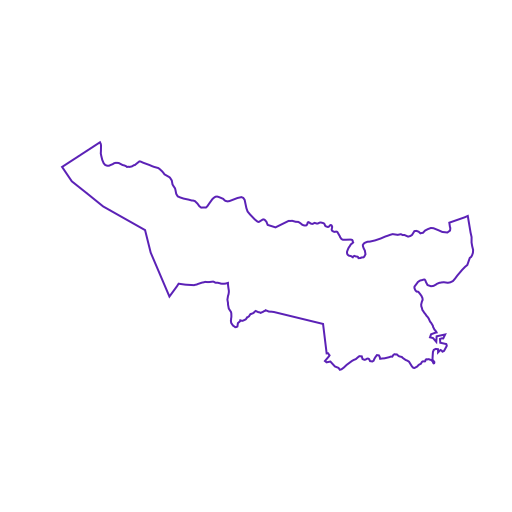 Zapotitlán de Méndez, Puebla, Mexico, rotated 194°
{"feature_id": "50627088B5409879857753", "entity_name": "Zapotitlán de Méndez", "entity_type": "district", "adm_level": 2, "iso_a3": "MEX", "parent_name": "Mexico", "parent_adm1": "Puebla", "projection": "equal_earth", "projection_center": [-97.699, 20.004], "detail": "fine", "context": "isolated", "style": "outline", "palette": "violet", "viewbox_px": 512, "rotation_deg": 194, "n_neighbors": 0, "source": "geoboundaries", "source_scale": "gbopen_adm2", "svg_char_len": 6005}
<svg xmlns="http://www.w3.org/2000/svg" viewBox="0 0 512 512"><g transform="rotate(194 256 256)"><path d="M49.2,214.7L49.3,215.4L50.1,216.6L56.2,216.4L57.4,220.0L55.9,221.0L54.4,221.3L53.5,225.6L61.3,221.8L60.3,216.3L64.4,219.2L67.5,219.2L67.2,222.4L63.2,225.1L62.3,225.5L62.7,226.0L64.0,227.1L65.1,227.8L65.9,228.8L67.0,230.0L67.5,231.1L70.0,233.6L71.2,234.4L73.3,237.1L74.3,238.0L75.2,238.7L76.1,239.2L77.2,240.3L79.2,241.8L80.4,243.0L81.0,243.4L81.5,243.9L82.5,245.8L83.4,247.1L84.0,248.9L84.0,252.0L83.7,253.7L84.3,255.4L85.1,256.4L85.6,257.1L87.3,258.6L89.8,260.5L90.7,260.5L91.5,260.3L92.7,261.0L93.6,261.9L94.6,263.4L94.8,264.7L93.0,268.9L92.7,269.8L91.5,271.2L90.7,272.0L89.2,272.7L87.9,273.5L87.1,273.9L86.6,273.9L85.8,273.3L84.7,271.7L82.5,269.3L78.9,269.0L76.8,269.8L76.0,270.4L74.4,271.9L73.9,272.6L72.1,274.0L71.3,274.5L70.4,274.8L69.7,275.2L67.4,276.0L63.4,276.4L61.2,277.4L59.7,278.6L58.8,279.4L57.4,282.2L55.9,285.8L52.6,292.5L50.5,296.1L48.8,298.4L48.1,305.9L47.0,307.2L46.5,309.1L46.3,311.6L46.8,314.4L48.6,317.8L50.1,321.2L51.4,326.5L53.5,330.7L60.2,346.1L62.9,344.0L76.5,335.1L74.8,331.0L74.5,330.7L74.1,329.6L73.9,327.6L76.0,325.1L81.1,324.4L84.9,325.1L90.5,325.9L93.1,325.5L95.7,323.7L98.1,321.6L99.6,318.9L101.9,317.9L102.0,317.8L104.0,318.9L106.3,319.2L108.3,318.5L109.7,314.2L111.0,312.8L113.1,311.6L117.1,312.3L118.7,311.8L120.7,312.2L123.6,310.8L128.7,310.3L130.8,309.1L133.3,307.4L135.1,306.3L139.3,303.1L144.3,299.9L149.0,297.5L151.3,296.8L153.4,295.3L154.4,294.2L155.0,292.5L154.5,291.2L153.3,289.4L151.7,287.6L150.2,284.2L150.8,281.6L151.4,280.7L153.5,280.0L153.9,279.4L156.0,278.7L156.8,279.7L157.5,279.9L159.0,279.7L160.6,279.9L161.3,279.3L161.7,278.5L161.8,278.2L163.8,278.9L165.9,278.8L166.9,279.2L167.3,279.4L168.0,280.1L168.5,281.2L168.7,282.2L168.6,283.4L168.3,285.4L168.0,286.8L167.5,287.9L166.8,290.2L165.3,292.1L164.7,293.4L165.2,292.9L165.6,293.4L165.9,294.2L166.2,294.5L166.5,294.8L167.4,294.9L168.3,294.8L173.9,293.2L175.6,292.8L177.1,293.1L177.8,293.7L178.9,294.6L179.4,295.4L182.8,298.9L183.3,299.1L184.1,299.1L185.6,298.4L186.3,298.4L187.3,298.6L188.2,298.9L188.7,299.4L189.0,300.0L189.1,302.6L189.8,303.7L190.3,304.1L191.1,304.1L191.4,303.9L192.1,302.6L192.7,301.8L193.6,301.5L195.8,301.8L196.4,302.3L197.1,303.4L197.9,304.0L198.9,304.2L201.2,304.2L202.1,303.9L203.3,303.0L203.7,302.6L204.1,302.4L204.7,302.2L207.2,302.3L208.1,301.5L208.5,301.1L209.0,300.8L210.2,300.7L211.1,300.8L211.8,301.2L212.6,301.3L213.1,301.6L213.6,301.4L213.9,301.0L214.0,299.2L214.4,298.1L214.9,297.7L216.5,297.3L218.0,297.4L218.7,297.5L219.6,298.0L222.0,299.0L223.4,299.3L225.7,298.8L229.4,298.9L231.2,298.3L232.9,297.9L244.0,288.5L252.2,289.0L254.3,291.9L255.1,292.3L255.7,292.9L257.3,293.4L258.3,293.0L261.3,289.9L262.0,289.6L263.3,289.9L266.2,291.3L271.9,294.9L274.9,297.1L276.9,300.1L280.6,307.7L282.4,309.3L284.4,309.6L288.0,307.8L295.0,302.9L296.8,302.1L299.1,302.1L300.4,302.7L301.6,303.5L304.0,303.9L306.2,304.2L307.8,304.3L309.3,303.9L310.2,303.2L311.2,302.0L312.1,300.6L313.9,296.1L315.3,292.4L316.3,290.9L318.2,290.5L320.9,289.7L323.0,290.6L325.5,292.7L328.6,294.5L330.6,294.6L331.8,294.3L335.0,294.4L340.2,294.2L343.9,294.5L346.3,294.9L347.5,296.0L348.5,297.1L350.1,300.5L350.9,302.0L353.0,303.9L354.3,305.2L356.0,308.9L358.0,310.8L358.6,311.3L359.3,311.6L364.6,313.1L365.6,314.0L367.5,315.4L370.6,317.1L372.1,317.7L376.4,317.8L378.4,318.0L381.3,318.5L388.0,319.2L390.7,319.7L391.7,319.7L392.2,319.4L395.6,314.9L396.4,314.6L398.1,312.9L399.1,312.4L400.4,311.8L401.1,311.8L402.8,311.2L403.5,311.6L405.4,312.0L407.5,312.0L411.6,313.0L413.2,312.8L414.8,312.4L416.1,311.7L417.2,310.5L419.0,309.2L420.5,308.0L422.3,307.6L424.3,307.8L426.2,309.1L428.4,312.0L430.5,316.0L431.4,317.9L431.9,320.5L433.1,325.7L433.7,327.1L434.9,328.6L465.7,295.5L452.8,283.9L433.7,275.2L416.3,267.1L369.9,254.3L359.0,233.8L330.2,195.7L325.3,207.7L324.4,210.4L317.6,211.1L309.1,212.7L308.5,213.1L306.6,214.0L305.6,214.8L301.8,217.2L300.8,217.6L299.0,218.6L297.6,218.8L295.1,219.4L291.4,220.8L289.9,220.6L289.2,220.3L288.7,220.3L286.7,220.8L284.5,220.8L283.2,220.7L280.8,221.2L279.6,221.6L278.6,222.0L276.7,223.1L276.3,221.6L275.2,218.7L273.9,215.6L273.6,214.3L273.4,212.3L273.5,210.5L273.2,206.8L273.0,206.3L272.2,204.5L271.9,203.9L271.4,202.1L270.2,199.5L269.7,198.4L266.7,195.6L266.1,194.4L265.3,191.6L265.1,190.5L265.0,189.2L264.8,188.2L264.7,187.1L263.9,185.1L262.4,183.7L261.1,182.7L260.2,182.5L258.9,181.9L257.7,182.4L257.0,183.1L257.3,186.5L255.7,188.8L255.7,189.8L254.0,189.7L253.3,189.9L251.6,191.2L250.6,192.1L250.0,193.4L250.0,194.1L249.4,194.5L248.2,195.8L247.4,198.2L247.1,198.5L246.4,198.7L245.8,199.3L245.1,199.7L244.5,200.3L243.9,201.5L243.0,202.6L240.5,202.1L239.2,202.1L238.8,202.2L237.8,201.9L235.6,203.6L234.8,204.5L234.0,204.9L233.6,205.7L230.0,205.2L227.5,205.7L225.0,206.0L174.5,206.3L163.9,178.6L162.7,179.1L160.6,177.4L161.0,176.2L163.7,170.8L161.8,169.9L158.3,171.6L152.7,167.9L148.9,167.4L147.1,165.9L145.6,166.8L143.8,169.0L141.7,172.3L137.5,177.4L136.0,178.8L134.2,180.1L132.6,182.4L131.5,183.8L129.1,184.2L127.7,181.8L125.7,181.5L124.6,182.0L123.7,183.0L122.6,183.6L121.3,183.3L119.9,181.6L117.6,181.8L116.6,182.8L116.2,185.1L115.6,187.0L114.7,189.1L112.7,189.3L111.6,188.1L110.7,186.3L108.2,187.3L106.8,187.7L105.6,188.3L103.1,189.6L102.0,190.2L100.9,191.0L99.4,191.3L99.1,192.4L98.7,193.3L98.1,194.0L97.6,194.3L96.6,194.2L95.6,194.6L93.5,193.5L92.7,193.3L90.0,193.3L89.2,192.7L85.6,191.3L84.0,191.1L82.0,190.5L78.0,186.6L76.4,185.6L75.3,185.6L74.4,186.3L73.9,186.8L72.8,187.8L72.1,189.2L71.5,190.0L69.9,191.4L69.6,192.7L69.2,193.6L68.5,194.2L67.2,194.4L66.5,194.7L66.3,195.4L66.3,196.3L66.0,196.8L65.5,197.1L64.9,197.0L64.1,197.5L63.2,197.7L62.6,197.5L61.4,197.5L60.7,197.4L60.0,196.9L59.2,196.7L58.5,195.6L58.0,195.0L57.6,194.8L57.2,195.1L57.2,195.9L57.4,196.4L59.7,198.1L60.8,203.9L61.1,205.8L60.8,207.9L59.2,209.3L56.9,209.6L56.1,207.1L56.0,206.6L54.3,209.4L53.2,209.2L51.9,208.3L50.6,209.4L49.2,214.7Z" fill="none" stroke="#5b21b6" stroke-width="2"/></g></svg>